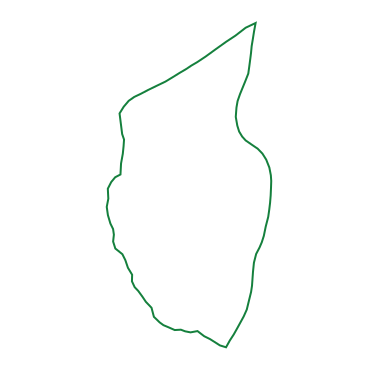 Salinas da Margarida, Bahia, Brazil (Equal Earth projection), rotated 352°
{"feature_id": "56859067B93728767984318", "entity_name": "Salinas da Margarida", "entity_type": "district", "adm_level": 2, "iso_a3": "BRA", "parent_name": "Brazil", "parent_adm1": "Bahia", "projection": "equal_earth", "projection_center": [-38.755, -12.884], "detail": "fine", "context": "isolated", "style": "outline", "palette": "green", "viewbox_px": 384, "rotation_deg": 352, "n_neighbors": 0, "source": "geoboundaries", "source_scale": "gbopen_adm2", "svg_char_len": 1375}
<svg xmlns="http://www.w3.org/2000/svg" viewBox="0 0 384 384"><g transform="rotate(352 192 192)"><path d="M278.5,33.5L268.0,36.8L256.8,43.2L246.7,48.0L235.2,54.0L224.3,59.8L215.1,64.2L209.0,66.7L203.4,69.4L196.4,72.3L188.7,75.7L181.0,79.0L172.5,81.7L162.9,84.8L154.8,87.7L148.1,89.8L142.0,92.9L136.2,98.1L131.2,104.1L130.9,124.9L132.0,130.6L130.6,137.2L128.8,144.5L125.7,153.9L123.6,164.7L118.0,166.7L113.4,170.9L109.1,177.0L108.2,187.0L105.5,194.9L105.5,203.2L106.8,211.9L108.7,217.7L108.7,223.4L107.0,230.1L108.2,237.3L114.4,243.9L116.5,250.2L118.0,258.1L121.2,265.6L120.1,272.1L122.0,278.3L125.0,282.5L128.4,288.9L131.0,294.3L135.8,301.0L136.9,310.3L141.8,316.6L145.2,319.9L149.9,322.7L155.7,326.3L161.8,326.8L165.8,329.0L171.0,330.8L178.1,330.5L184.0,336.5L189.4,340.2L198.3,347.8L204.1,350.5L208.8,344.3L213.5,338.9L218.0,333.0L225.9,322.4L229.9,316.0L233.0,308.2L236.6,299.2L238.4,293.1L241.3,279.5L243.5,270.6L246.9,262.3L251.2,256.3L254.1,251.5L257.0,245.5L260.2,236.5L264.0,227.3L266.0,220.4L267.8,213.6L269.4,206.5L270.9,198.4L272.0,192.1L272.4,186.4L272.0,178.6L270.0,170.3L267.1,163.8L263.1,158.3L257.5,153.2L252.3,148.4L249.4,144.1L247.1,138.7L246.1,132.6L245.8,123.7L247.8,114.5L249.8,108.3L253.2,101.7L259.9,90.2L264.2,82.6L266.1,76.0L268.2,68.4L269.8,62.5L271.4,55.8L273.6,48.8L275.7,41.9L278.5,33.5Z" fill="none" stroke="#15803d" stroke-width="2"/></g></svg>